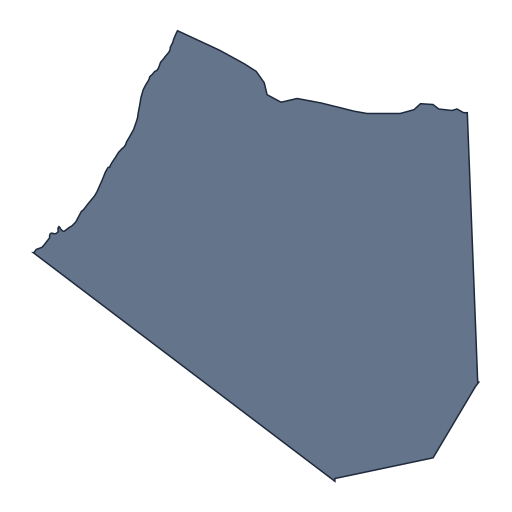 outline of Morne La Croix, Soufrière, Saint Lucia
{"feature_id": "8701671B11486827062004", "entity_name": "Morne La Croix", "entity_type": "district", "adm_level": 2, "iso_a3": "LCA", "parent_name": "Saint Lucia", "parent_adm1": "Soufrière", "projection": "mercator", "projection_center": [-61.064, 13.818], "detail": "fine", "context": "isolated", "style": "filled", "palette": "slate", "viewbox_px": 512, "rotation_deg": 0, "n_neighbors": 0, "source": "geoboundaries", "source_scale": "gbopen_adm2", "svg_char_len": 1303}
<svg xmlns="http://www.w3.org/2000/svg" viewBox="0 0 512 512"><path d="M478.8,382.1L477.7,382.0L467.3,112.7L463.6,112.7L457.0,109.0L451.9,110.5L438.8,109.0L432.9,104.5L420.5,103.7L414.0,109.7L400.1,113.5L367.2,113.5L354.1,111.2L321.2,103.0L297.1,98.5L281.0,102.2L267.1,94.7L264.2,82.7L256.2,71.4L244.5,63.9L219.7,50.3L177.5,30.7L176.2,33.3L173.6,39.4L173.1,41.3L172.7,42.6L170.3,47.2L170.1,49.8L168.8,52.3L165.0,56.8L164.1,58.2L160.6,62.2L159.0,66.7L158.6,67.8L156.8,70.5L155.5,71.1L154.6,71.6L152.2,74.5L150.7,75.8L149.8,76.6L149.2,78.8L148.1,81.1L145.9,84.5L144.6,87.0L143.1,90.0L140.9,97.8L139.7,105.2L138.3,112.4L137.5,117.9L135.9,123.0L133.6,129.5L129.7,136.5L126.6,141.8L125.5,144.9L123.4,147.7L122.3,148.3L118.6,152.3L115.3,157.6L112.0,162.5L110.0,166.1L109.8,167.2L108.1,167.4L105.5,171.8L102.1,180.3L96.8,192.1L94.4,196.1L88.1,203.7L83.2,210.1L81.5,211.2L78.8,216.2L75.7,222.1L71.8,226.0L69.3,227.4L65.4,230.4L63.9,231.4L63.0,231.2L61.0,229.5L59.7,227.2L58.9,226.6L58.0,228.1L58.0,230.2L58.4,231.5L56.4,233.4L54.5,233.8L51.8,233.1L51.0,233.3L50.3,233.8L49.6,235.3L49.6,237.8L46.2,242.2L44.4,244.6L42.0,247.3L39.6,248.2L36.3,249.4L35.2,250.9L34.6,251.8L33.7,252.6L33.2,252.6L334.9,481.3L334.9,478.5L433.1,457.8L475.4,386.6L478.8,382.1Z" fill="#64748b" stroke="#1e293b" stroke-width="1.5"/></svg>